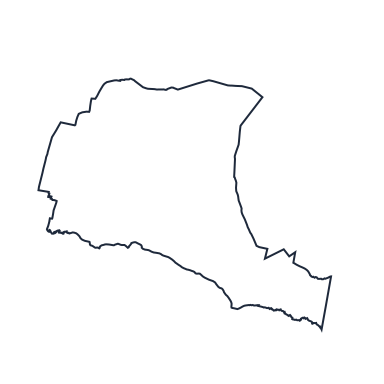 the district of Tram Kak, Takêv, Cambodia, rotated 190°
{"feature_id": "14789045B29748003627155", "entity_name": "Tram Kak", "entity_type": "district", "adm_level": 2, "iso_a3": "KHM", "parent_name": "Cambodia", "parent_adm1": "Takêv", "projection": "orthographic", "projection_center": [104.595, 11.012], "detail": "fine", "context": "isolated", "style": "outline", "palette": "slate", "viewbox_px": 384, "rotation_deg": 190, "n_neighbors": 0, "source": "geoboundaries", "source_scale": "gbopen_adm2", "svg_char_len": 5911}
<svg xmlns="http://www.w3.org/2000/svg" viewBox="0 0 384 384"><g transform="rotate(190 192 192)"><path d="M40.5,79.0L40.4,102.9L40.4,133.0L41.1,132.8L41.8,132.3L43.3,131.1L45.7,129.7L46.5,129.9L47.6,128.9L49.0,128.6L49.7,129.0L50.2,128.9L51.2,128.6L52.4,128.4L53.0,128.4L54.4,129.6L55.5,129.7L56.4,128.9L57.8,129.6L58.3,129.2L59.4,129.4L59.9,129.6L60.3,130.1L61.0,130.4L61.4,130.8L61.6,131.3L62.0,131.9L63.8,134.0L65.5,135.2L67.7,136.2L70.2,136.9L73.2,137.6L76.5,138.6L78.7,139.5L79.9,139.9L79.9,150.6L85.1,145.5L91.7,151.5L108.6,139.0L107.9,149.1L116.2,149.4L119.1,150.2L123.3,156.7L126.4,161.0L126.8,161.3L127.6,162.1L129.7,165.3L131.0,167.0L132.2,169.3L133.8,171.9L135.2,174.2L136.6,176.1L138.5,178.7L139.6,180.7L140.1,182.4L140.3,184.4L141.1,185.9L143.4,189.8L144.5,191.6L145.2,193.7L145.7,195.4L146.4,197.1L147.3,198.6L148.0,199.6L148.6,200.6L149.4,203.9L149.9,208.8L150.8,210.8L151.8,212.4L152.5,213.8L153.1,214.1L153.8,219.7L155.4,232.0L156.0,233.9L156.1,235.1L155.4,240.1L154.6,244.8L154.3,246.7L154.5,249.9L155.4,259.8L155.7,265.1L155.7,265.6L155.5,266.1L139.1,297.6L151.1,304.2L159.6,304.8L161.3,304.9L163.4,304.6L167.2,304.1L171.2,303.7L172.4,303.5L174.2,303.3L175.2,303.2L190.2,304.8L194.2,305.0L195.2,304.8L205.8,299.7L223.7,290.4L227.7,291.2L228.7,291.5L229.5,291.4L230.5,291.3L234.2,289.1L234.7,288.3L235.6,288.0L238.0,288.1L238.6,287.9L244.6,286.8L246.7,286.8L253.5,286.0L255.4,286.2L258.5,286.7L260.4,287.7L267.4,291.3L268.4,292.0L271.9,293.0L272.5,292.9L273.7,291.9L276.4,291.5L277.7,291.1L278.0,290.6L280.3,290.4L282.1,289.8L282.0,289.0L283.1,288.9L285.9,288.9L287.9,288.4L291.7,286.8L295.0,285.4L297.0,283.4L298.1,281.5L299.4,278.2L300.7,274.7L302.1,270.1L303.4,267.0L307.1,266.6L307.2,265.8L307.3,263.7L307.2,259.4L306.9,254.6L307.2,253.1L309.8,252.8L313.9,251.4L317.1,249.3L317.9,246.0L318.4,242.1L318.5,237.9L319.0,237.3L333.4,237.8L334.8,233.9L336.5,229.0L339.4,221.7L341.0,206.4L341.0,204.3L341.7,201.0L341.7,199.1L341.8,197.0L342.4,189.3L342.6,184.6L343.6,170.5L343.5,167.1L333.1,167.2L333.1,166.6L333.1,166.1L332.8,165.8L332.2,165.7L332.3,164.5L332.5,164.1L332.7,163.4L332.8,162.2L331.5,162.1L331.4,162.6L331.4,163.3L330.8,163.2L330.3,163.2L329.6,163.1L329.9,160.8L329.3,160.7L328.7,160.8L328.1,159.9L327.3,160.0L326.3,160.1L324.7,159.9L323.7,159.6L323.8,157.8L325.1,149.9L325.0,146.3L325.0,142.0L325.2,141.4L327.4,141.4L327.4,140.3L327.4,138.9L327.3,138.4L327.4,138.0L327.5,135.9L327.6,135.4L327.7,133.7L327.9,133.1L327.9,132.6L328.3,131.0L328.4,130.1L328.1,129.7L327.9,129.3L327.5,128.9L327.0,128.9L326.9,128.4L326.4,128.1L325.8,128.0L325.6,128.5L325.7,129.0L325.9,129.4L325.8,129.9L325.3,129.8L324.6,129.0L324.3,128.4L323.7,127.6L323.2,127.2L322.8,126.7L322.2,126.7L321.6,127.0L321.2,126.9L320.7,127.2L320.7,127.7L321.0,128.1L320.7,128.7L320.2,128.9L319.8,128.4L319.4,128.1L318.8,128.9L318.6,129.4L318.7,129.9L317.6,130.7L317.0,130.7L316.6,131.0L316.2,131.3L315.7,131.0L316.1,130.0L316.3,129.4L316.1,128.9L315.5,128.9L314.6,129.3L314.2,129.0L313.3,128.9L313.0,129.4L312.5,129.4L312.4,129.0L311.9,128.5L311.4,128.6L311.4,129.1L311.1,129.5L311.0,130.0L311.2,130.4L310.8,130.7L309.8,130.9L309.3,130.9L309.0,131.3L308.5,131.5L308.3,130.9L308.3,130.4L307.8,130.2L306.8,130.0L306.3,130.4L305.5,129.9L302.4,131.5L300.7,131.5L298.8,131.2L297.3,130.4L295.2,128.9L293.7,127.1L291.9,126.0L289.0,125.3L284.3,125.1L283.8,124.0L283.4,122.6L282.7,121.9L281.4,121.8L280.7,121.6L280.1,121.4L279.5,121.1L278.8,120.8L277.6,120.3L276.7,120.5L276.0,120.8L275.0,120.9L274.5,120.6L273.5,120.4L273.2,121.0L273.2,122.1L272.8,122.8L271.7,123.8L270.5,124.3L269.6,124.7L268.5,125.3L267.2,125.6L265.6,125.8L264.1,125.9L260.4,125.9L259.6,126.0L258.8,126.7L257.5,127.4L256.0,128.2L255.2,128.1L254.4,127.9L253.4,127.7L252.8,127.6L251.8,127.6L249.3,128.1L248.0,127.5L245.5,125.9L244.7,126.6L244.7,127.2L244.4,128.0L244.0,128.4L242.8,130.7L242.8,131.2L241.3,132.0L240.1,132.5L239.1,132.7L238.2,132.6L236.5,132.0L234.0,131.3L232.8,130.8L232.4,130.3L232.0,129.7L231.8,128.4L230.4,127.5L228.3,127.1L226.5,127.2L224.8,127.2L223.8,127.0L221.5,126.2L219.2,125.8L216.6,125.9L213.4,125.9L211.4,125.3L210.8,124.9L209.6,124.5L208.4,124.3L206.0,124.0L204.2,123.8L202.7,123.3L199.8,122.0L197.6,120.7L196.0,119.5L194.8,119.0L193.4,118.3L191.8,117.6L190.5,117.1L189.0,116.2L186.8,115.5L185.3,115.2L183.7,114.8L182.1,114.8L180.1,114.6L178.8,114.3L177.2,114.1L175.8,113.7L174.4,112.5L173.0,112.4L171.5,112.8L170.1,112.9L168.4,111.9L166.8,110.8L164.7,109.9L160.1,108.6L155.8,107.9L153.5,106.9L152.1,105.4L150.3,103.8L149.8,103.3L148.5,102.6L147.9,102.4L146.1,102.2L145.2,101.7L144.4,100.9L143.6,99.9L143.1,98.9L141.4,97.2L140.6,96.5L139.2,95.7L137.5,94.1L135.1,91.5L134.2,90.2L133.6,88.9L133.4,87.2L133.3,85.9L133.0,85.0L132.1,84.8L130.6,84.8L126.9,84.6L125.4,85.5L123.8,86.7L122.3,88.0L120.7,89.1L119.1,89.7L116.2,90.6L115.7,90.5L114.7,91.0L113.7,90.8L112.5,91.3L111.6,91.0L110.5,91.1L107.6,92.0L106.8,92.1L107.1,91.3L103.6,91.1L101.8,90.9L101.2,90.7L100.6,91.0L99.6,91.0L98.2,90.7L97.4,90.8L96.4,91.3L95.9,91.0L95.3,90.3L94.9,90.6L94.3,91.1L94.0,90.7L93.2,90.4L93.1,90.9L92.5,90.5L92.0,90.2L90.9,89.4L90.3,89.6L89.4,90.4L88.8,90.0L88.1,90.4L88.0,91.1L87.5,91.0L87.0,91.1L86.5,91.0L86.0,91.0L85.6,90.7L85.0,91.4L84.3,91.8L83.7,90.9L82.8,90.5L81.8,90.6L81.4,90.3L80.6,89.9L80.0,90.1L79.7,89.5L80.1,89.0L79.7,88.4L78.6,88.3L78.1,87.9L76.3,87.4L75.8,86.9L75.1,86.7L74.6,87.5L74.1,87.9L73.2,87.2L72.6,86.2L72.1,85.9L71.3,85.7L71.2,85.3L71.3,84.3L70.4,84.0L69.5,84.1L68.4,83.9L67.2,84.4L66.3,84.0L65.4,84.1L64.7,84.3L64.0,84.5L63.6,84.0L63.1,84.3L62.4,85.4L62.7,86.1L62.2,86.6L61.2,87.4L60.7,87.5L60.2,87.1L59.5,87.9L58.6,87.5L58.2,86.8L57.2,87.4L56.7,87.8L56.3,87.4L55.7,86.3L54.4,85.6L52.6,85.3L51.5,85.0L51.0,84.1L50.9,83.3L50.3,83.2L49.7,84.1L47.7,84.3L47.0,84.6L46.7,83.9L46.1,83.2L45.4,83.1L44.2,82.4L43.4,81.8L42.6,81.8L42.6,81.2L42.0,80.5L41.3,80.2L41.0,79.7L40.5,79.0Z" fill="none" stroke="#1e293b" stroke-width="2"/></g></svg>